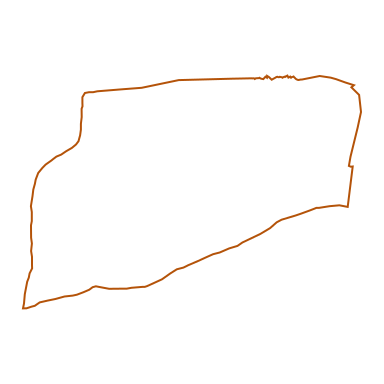 Ondo West, Ondo, Nigeria
{"feature_id": "59680162B72514771239598", "entity_name": "Ondo West", "entity_type": "district", "adm_level": 2, "iso_a3": "NGA", "parent_name": "Nigeria", "parent_adm1": "Ondo", "projection": "mercator", "projection_center": [4.735, 6.975], "detail": "fine", "context": "isolated", "style": "outline", "palette": "amber", "viewbox_px": 384, "rotation_deg": 0, "n_neighbors": 0, "source": "geoboundaries", "source_scale": "gbopen_adm2", "svg_char_len": 2143}
<svg xmlns="http://www.w3.org/2000/svg" viewBox="0 0 384 384"><path d="M319.7,76.0L302.1,79.5L300.2,79.6L298.7,80.0L297.5,79.8L296.1,79.1L295.6,78.7L294.8,77.8L293.9,77.0L293.6,76.6L293.2,76.9L292.4,76.9L292.0,77.0L291.7,77.2L291.4,77.3L291.0,77.7L290.8,77.5L290.2,76.6L289.0,77.3L288.4,77.6L287.9,76.6L287.4,75.6L286.8,75.9L285.8,76.6L285.4,76.8L285.3,76.5L283.7,77.0L282.5,77.7L282.3,77.5L281.9,77.2L281.4,77.2L279.8,76.8L279.4,77.1L278.8,77.2L278.0,77.1L277.5,76.8L277.2,76.8L276.9,76.9L276.4,77.0L276.0,77.3L275.7,77.5L271.7,79.7L269.7,77.8L269.1,77.2L267.1,75.9L266.9,77.7L266.3,77.3L265.5,76.7L264.4,77.9L263.3,79.1L261.7,78.8L260.6,78.5L259.5,77.8L259.1,78.1L255.8,78.3L254.8,79.0L254.2,78.4L253.4,78.3L252.3,78.4L251.7,78.3L242.2,78.5L232.0,78.7L178.7,80.1L141.7,87.8L132.5,88.5L119.5,89.5L97.3,91.3L93.1,92.2L89.0,92.2L84.9,93.0L82.4,97.2L82.4,103.0L82.5,106.3L81.6,108.8L81.7,117.1L80.9,123.8L80.9,129.6L80.1,135.4L79.5,137.5L78.5,141.2L76.0,144.5L71.9,147.9L66.2,151.2L61.2,154.6L56.4,156.6L53.1,159.1L51.4,160.5L47.0,163.6L45.6,164.6L42.3,168.0L38.2,173.0L35.7,179.6L34.9,183.8L33.3,189.6L32.5,196.2L31.7,201.2L30.9,206.2L31.8,212.0L31.8,217.0L31.8,221.1L31.0,225.3L31.1,237.7L31.9,243.5L31.1,251.0L32.0,256.8L32.0,261.0L32.0,265.1L32.1,268.4L29.6,273.4L28.8,277.6L27.2,281.7L25.6,290.0L24.8,294.2L24.0,303.5L23.0,308.4L26.5,308.3L29.0,307.5L31.4,306.7L34.8,305.8L39.7,302.4L46.3,300.9L47.1,300.7L55.4,299.0L64.5,296.5L72.7,295.6L76.9,294.7L83.5,292.2L89.3,289.7L92.6,287.2L95.9,286.3L100.0,287.1L109.1,288.8L119.0,288.7L126.5,288.7L131.4,287.8L142.2,286.9L144.7,286.9L147.1,286.1L154.6,282.7L162.0,279.3L170.2,273.5L176.8,269.3L183.4,267.6L186.9,265.9L187.8,265.4L198.3,260.9L205.7,257.5L213.1,254.2L219.7,252.5L229.2,248.4L237.5,245.9L242.4,242.5L260.2,234.0L270.1,228.1L276.7,222.3L281.6,219.7L295.6,215.5L300.6,213.8L309.7,210.5L314.6,208.6L316.3,207.9L318.8,207.9L329.5,206.2L339.4,205.3L347.7,206.9L352.7,166.5L350.8,166.7L348.9,165.9L350.5,156.7L357.7,127.4L361.0,112.0L359.1,94.9L351.4,87.3L353.9,85.2L345.4,82.5L338.4,80.0L336.2,79.2L330.9,77.7L330.4,77.6L319.7,76.0Z" fill="none" stroke="#b45309" stroke-width="2"/></svg>